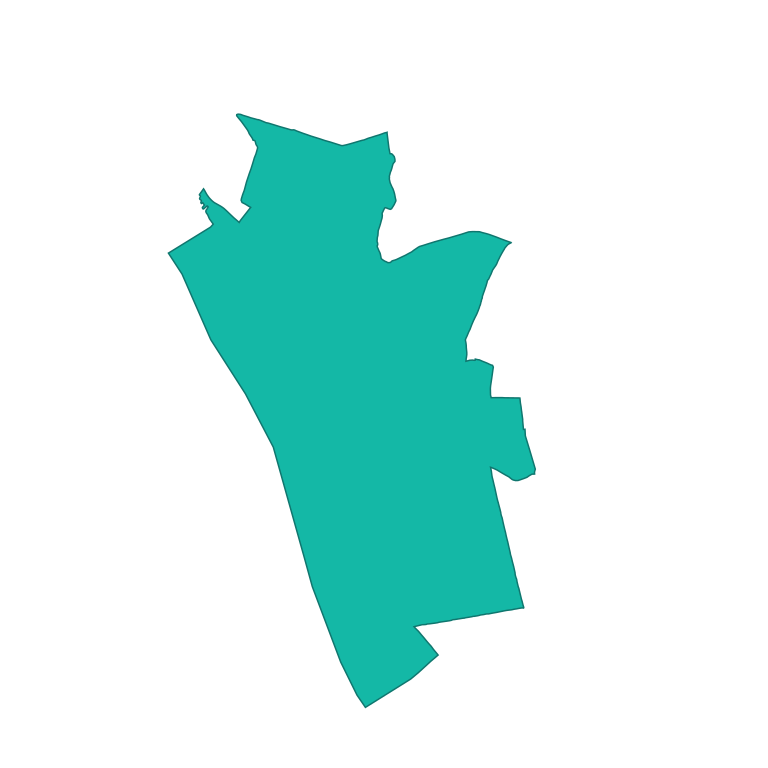 Ipotesti, Olt, Romania (Albers equal-area conic projection), rotated 342°
{"feature_id": "2599482B17273556266895", "entity_name": "Ipotesti", "entity_type": "district", "adm_level": 2, "iso_a3": "ROU", "parent_name": "Romania", "parent_adm1": "Olt", "projection": "albers", "projection_center": [24.407, 44.32], "detail": "fine", "context": "isolated", "style": "filled", "palette": "teal", "viewbox_px": 768, "rotation_deg": 342, "n_neighbors": 0, "source": "geoboundaries", "source_scale": "gbopen_adm2", "svg_char_len": 6139}
<svg xmlns="http://www.w3.org/2000/svg" viewBox="0 0 768 768"><g transform="rotate(342 384 384)"><path d="M266.4,685.8L318.4,672.8L327.8,669.0L342.5,662.3L351.7,658.5L349.0,651.6L347.8,647.9L346.7,645.5L345.5,642.7L344.8,640.9L343.4,637.3L342.0,634.0L341.0,631.4L340.2,629.5L339.2,627.6L338.1,625.4L337.6,624.1L340.6,624.3L345.9,624.7L348.0,625.3L349.7,625.7L350.8,625.6L353.4,626.2L358.8,627.2L361.3,627.6L362.8,627.6L373.1,629.4L375.2,629.6L376.6,629.4L378.1,629.8L380.7,630.2L383.2,630.6L386.4,631.1L388.3,631.5L389.4,631.5L390.5,631.7L392.4,632.0L394.5,632.3L395.9,632.5L397.0,632.5L397.9,632.8L399.8,633.1L401.0,633.3L403.0,633.5L404.4,633.5L407.6,634.1L410.1,634.3L411.2,634.6L412.6,635.0L416.1,635.4L420.3,636.0L425.6,636.6L428.3,636.9L430.5,637.2L432.7,637.6L435.1,638.1L436.6,638.3L438.1,638.4L440.5,638.8L443.8,639.2L446.5,639.7L447.2,640.2L447.8,640.0L447.9,639.2L447.9,637.5L448.2,633.2L448.2,631.2L448.5,627.4L448.9,622.2L449.1,619.9L449.0,618.5L449.4,613.4L449.8,610.7L449.7,608.8L449.8,606.4L450.0,605.1L450.3,604.0L450.9,597.9L451.2,592.6L451.5,588.9L451.6,585.3L451.9,583.3L452.5,576.4L452.9,572.3L453.0,570.1L453.3,566.2L453.7,562.5L454.0,557.9L454.5,552.2L454.9,548.6L455.0,547.2L454.9,546.3L455.0,543.9L455.3,542.4L455.4,541.7L455.6,538.8L455.7,537.0L455.8,535.1L455.9,533.1L456.0,532.3L456.0,530.7L456.2,527.7L457.3,517.0L457.5,514.0L457.9,509.4L458.0,508.1L458.1,506.3L458.3,504.7L458.5,503.6L459.2,499.9L459.6,496.1L460.3,496.6L463.2,499.1L465.0,500.8L468.8,505.2L471.7,508.4L474.0,510.8L476.2,514.2L477.2,515.2L479.3,516.5L481.6,517.2L484.0,517.2L488.0,517.1L491.2,516.9L493.4,516.2L495.6,515.7L497.0,515.5L499.4,516.2L499.9,514.3L501.6,511.7L502.1,492.8L502.3,482.5L502.4,477.0L504.1,470.6L502.6,470.3L504.5,461.9L505.0,460.4L505.7,456.5L506.4,452.8L506.5,452.0L507.3,448.0L507.9,444.0L508.8,439.9L508.9,439.3L494.5,434.4L492.5,433.6L481.7,430.1L481.8,429.1L481.8,428.5L481.9,427.4L483.8,421.1L484.9,418.5L488.1,412.1L492.1,403.9L493.2,401.7L493.0,399.8L491.8,399.0L490.3,397.7L489.3,396.7L487.7,395.3L484.8,392.9L482.0,390.4L480.8,389.9L478.5,388.5L478.2,389.1L478.1,389.5L477.2,389.4L475.6,388.6L472.9,387.9L470.9,387.8L469.0,387.7L470.1,385.0L470.5,384.4L471.8,381.7L472.5,379.5L472.9,377.6L473.6,374.5L474.1,372.9L474.6,370.4L475.0,367.2L476.1,365.8L477.9,363.9L480.7,360.6L482.8,358.5L484.2,356.7L485.9,354.6L488.7,351.4L491.1,348.9L493.6,346.4L495.6,344.1L498.1,341.0L499.1,339.5L499.9,338.7L500.5,337.8L501.3,336.4L502.2,335.2L502.8,334.0L503.8,332.9L504.2,332.2L504.5,331.3L506.8,328.2L508.9,325.5L509.5,324.6L511.0,322.7L513.4,319.2L513.7,318.6L514.5,317.4L515.9,316.6L518.4,313.9L519.8,312.5L522.5,309.2L523.8,308.2L525.0,307.3L527.0,305.8L528.3,304.6L530.4,302.1L532.1,300.4L533.9,298.5L535.1,297.4L535.8,296.7L538.8,294.0L539.9,293.1L541.0,292.0L543.1,290.7L544.4,289.9L545.7,289.4L547.1,289.2L548.6,288.9L548.5,288.6L547.2,287.7L543.7,285.0L542.7,284.2L541.3,283.1L539.2,281.4L536.3,279.0L530.0,274.1L527.5,272.4L524.3,270.4L521.9,268.7L519.0,267.7L515.6,266.5L512.8,265.8L511.3,265.5L509.3,265.5L504.1,265.5L490.4,265.1L485.6,264.8L476.1,264.4L468.7,264.3L464.4,264.3L460.3,264.2L458.4,264.6L456.1,265.3L453.3,266.1L451.2,266.9L447.1,267.6L444.0,268.2L441.5,268.5L438.4,268.9L434.6,269.4L433.1,269.5L429.8,269.4L428.5,270.0L427.5,270.4L425.2,269.8L424.2,268.7L422.7,267.4L421.6,266.1L420.9,265.1L420.4,264.5L420.1,263.5L420.3,262.5L420.4,261.4L420.6,260.0L420.7,258.5L420.6,257.4L420.4,256.0L420.3,255.0L420.2,253.8L420.1,252.7L420.0,251.7L420.1,250.8L420.3,250.3L421.0,249.8L421.3,248.8L421.5,247.8L421.4,246.8L421.6,245.8L422.0,244.9L422.9,242.7L424.1,240.8L424.8,239.1L425.7,236.8L426.3,235.8L427.3,234.5L428.9,232.3L429.9,230.9L431.9,227.8L433.4,225.6L434.0,224.3L434.5,223.2L434.7,222.1L435.0,221.0L435.6,220.4L436.9,219.0L438.0,217.8L439.4,216.7L440.2,216.9L442.1,218.5L443.9,219.8L445.3,219.7L448.7,216.9L449.8,215.8L450.6,214.9L451.6,213.9L451.9,213.4L452.1,212.8L452.2,211.5L452.3,210.2L452.5,208.9L452.8,206.4L452.9,203.7L452.8,200.9L452.7,200.5L452.4,198.7L452.2,196.7L452.0,194.4L452.4,190.7L453.0,189.3L453.3,188.0L454.5,186.2L455.5,184.6L456.9,183.0L458.1,181.3L459.1,179.7L460.5,177.6L461.6,176.7L463.2,175.7L463.7,174.2L463.9,173.0L464.0,170.9L463.3,169.0L462.5,167.5L460.9,166.8L461.6,161.0L464.5,146.0L464.7,145.6L462.0,145.4L459.8,145.5L456.5,145.6L452.4,145.5L448.3,145.5L444.9,145.4L442.3,145.6L440.2,145.7L438.6,145.5L436.1,145.4L426.2,145.1L422.2,144.9L419.1,144.6L418.0,144.4L416.9,143.9L415.4,142.8L413.7,141.6L407.7,137.3L402.9,134.1L398.6,130.9L394.2,127.8L391.1,125.6L388.5,123.6L384.5,120.6L380.7,117.6L378.8,116.1L377.9,115.2L376.8,114.4L374.8,113.9L373.7,113.3L372.0,112.1L364.4,107.0L360.3,104.1L355.9,101.0L354.4,100.0L352.7,99.1L352.1,98.6L350.0,96.8L347.5,94.7L346.4,93.9L345.1,93.3L343.8,92.4L339.6,89.7L337.1,87.8L332.9,84.9L331.5,83.7L330.6,83.1L328.8,82.3L328.0,82.2L327.2,82.3L326.9,82.9L326.8,83.4L328.1,86.9L329.5,90.4L331.0,95.0L332.6,100.1L333.0,102.2L333.1,103.2L333.1,104.0L333.3,104.9L334.4,108.6L334.7,109.9L334.8,111.7L335.4,112.0L335.9,112.3L336.3,112.7L336.5,113.3L336.4,114.8L336.3,116.1L336.4,117.2L336.8,118.5L336.9,119.6L336.8,120.3L336.2,121.3L333.3,125.6L330.6,128.8L329.8,130.0L327.1,133.9L323.9,138.4L321.0,142.1L315.7,149.3L310.9,156.7L309.6,158.3L308.1,160.2L305.7,163.6L304.9,165.1L305.0,166.3L305.1,167.5L307.5,169.9L308.9,171.5L310.3,173.2L311.8,174.8L297.8,184.2L296.2,185.6L294.6,182.9L292.6,179.6L289.3,173.5L287.7,170.5L286.1,167.7L284.9,166.0L283.6,164.4L280.1,160.6L278.8,159.2L277.8,157.8L276.8,156.1L276.0,154.5L275.2,152.7L274.1,149.2L273.6,146.7L273.1,144.0L272.7,142.6L267.0,146.8L266.9,147.3L267.5,148.3L267.4,148.8L266.4,150.0L265.9,150.7L266.0,151.6L266.6,152.3L267.0,153.0L266.4,154.1L265.8,155.1L266.3,156.0L267.6,155.5L268.5,158.3L265.9,159.9L265.7,160.3L265.8,161.1L266.1,161.7L266.7,161.7L270.7,160.0L271.2,160.4L271.5,161.0L271.2,161.5L269.7,162.9L268.4,163.8L267.8,165.1L267.9,166.3L268.6,168.6L269.0,172.9L271.0,179.2L267.5,181.2L219.4,192.9L225.9,217.1L233.0,288.5L249.2,350.6L259.2,409.8L254.6,523.7L253.2,554.6L256.9,635.1L262.2,671.6L266.4,685.8Z" fill="#14b8a6" stroke="#0f766e" stroke-width="1.5"/></g></svg>